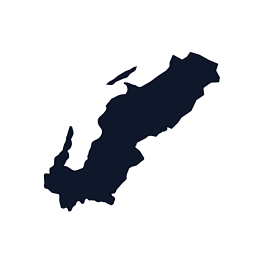 Analanjirofo, Albers equal-area conic projection, rotated 214°
{"feature_id": "MDG-5863", "entity_name": "Analanjirofo", "entity_type": "Autonomous Province", "adm_level": 1, "iso_a3": "MDG", "parent_name": "Madagascar", "parent_adm1": "", "projection": "albers", "projection_center": [49.502, -16.347], "detail": "fine", "context": "isolated", "style": "filled", "palette": "ink", "viewbox_px": 256, "rotation_deg": 214, "n_neighbors": 0, "source": "natural_earth", "source_scale": "10m", "svg_char_len": 5087}
<svg xmlns="http://www.w3.org/2000/svg" viewBox="0 0 256 256"><g transform="rotate(214 128 128)"><path d="M177.0,96.8L175.3,97.0L171.9,94.0L170.6,92.4L170.1,90.2L169.7,86.5L169.6,86.0L168.7,85.6L167.7,84.8L166.8,83.8L166.2,83.0L165.8,82.1L165.4,80.9L165.2,79.7L165.2,78.5L165.6,77.3L166.1,76.3L166.2,75.4L165.5,74.3L165.0,73.8L164.6,73.6L164.2,73.5L163.6,73.5L163.2,73.3L161.2,70.6L161.1,69.7L161.5,67.4L161.5,66.1L160.9,62.4L161.0,62.0L161.3,61.6L161.4,61.1L160.9,60.4L160.6,60.3L159.3,60.2L157.4,61.1L154.9,61.4L150.3,61.4L148.0,62.2L146.5,63.6L142.4,69.3L142.5,71.2L144.0,75.4L144.1,76.5L144.0,77.5L143.3,79.5L143.1,79.5L143.6,80.4L144.4,81.2L145.2,82.1L145.7,84.6L146.7,87.0L147.2,90.7L147.9,92.9L148.9,94.9L149.1,95.7L148.9,97.0L148.4,98.2L146.2,102.0L145.6,104.1L145.5,106.6L146.0,109.0L146.9,111.0L148.7,112.8L153.3,114.5L155.3,115.8L156.9,118.2L157.2,120.3L155.7,127.1L155.6,129.9L156.0,132.5L157.2,133.6L158.0,134.0L158.1,135.1L157.9,138.0L157.6,139.0L157.5,139.6L157.5,142.1L157.2,143.0L153.5,149.5L151.4,151.9L148.3,154.4L148.4,157.8L148.9,159.3L150.0,160.9L151.5,162.3L153.0,163.1L154.6,163.3L156.5,163.1L154.4,164.3L152.1,165.2L148.1,165.8L146.3,166.8L142.8,167.1L141.4,167.4L140.3,168.2L139.4,169.3L134.7,178.8L131.5,188.0L127.9,196.5L127.2,201.7L127.5,202.8L129.6,206.2L130.9,213.3L120.9,214.3L118.3,219.8L118.3,225.3L109.6,228.0L99.1,228.9L89.5,230.8L87.7,224.4L80.7,220.8L79.0,217.1L85.1,212.5L88.7,203.2L84.2,197.9L87.6,189.6L85.8,177.7L90.2,166.7L90.2,160.3L91.9,152.3L95.3,151.7L95.8,151.5L96.4,151.2L96.7,150.8L96.7,150.4L96.5,150.1L95.9,149.3L95.5,148.7L95.4,148.2L95.4,147.7L95.7,147.0L96.0,146.5L96.4,146.1L97.1,145.5L97.7,144.9L98.0,144.4L98.7,142.7L99.6,141.1L99.9,140.3L100.1,139.6L100.1,138.7L100.1,138.0L100.4,137.1L100.8,136.7L101.2,136.5L101.6,136.5L102.0,136.4L102.4,136.3L105.2,134.9L106.6,133.8L107.6,132.2L107.8,131.7L107.9,131.3L108.0,130.5L108.3,129.7L112.5,122.0L112.8,121.1L113.0,120.5L112.9,120.1L112.8,119.7L112.4,118.6L112.3,118.2L112.4,117.4L112.4,117.0L112.3,116.5L112.1,116.2L111.9,115.9L111.6,115.7L110.9,115.4L110.1,115.2L107.3,115.1L105.1,114.7L98.5,111.7L98.3,111.5L98.0,111.2L97.9,110.8L98.0,110.1L99.0,107.8L99.6,105.3L99.6,105.1L100.3,103.0L100.8,101.9L101.2,101.3L102.9,99.5L103.9,98.1L104.8,96.3L105.0,95.7L105.1,95.2L105.0,94.3L104.1,90.1L103.7,88.6L103.1,87.2L102.7,86.5L101.8,85.4L101.6,85.1L101.5,84.7L101.5,84.2L101.5,83.8L101.6,82.9L102.5,79.7L103.6,70.7L103.6,70.3L103.6,69.9L103.5,69.5L103.3,69.2L103.2,68.7L103.1,68.2L103.2,67.2L103.4,66.7L103.6,66.3L104.8,65.3L105.5,64.3L105.9,63.7L106.0,63.2L106.0,62.9L105.8,62.6L105.5,62.6L104.9,62.8L104.5,62.9L104.2,62.7L103.9,62.5L103.6,62.3L103.2,62.2L102.9,62.2L102.1,62.3L101.7,62.4L101.3,62.4L100.8,62.3L100.5,62.2L100.1,62.0L99.9,61.8L99.6,61.5L99.3,60.8L99.2,60.4L99.1,60.0L99.0,59.1L98.9,58.7L98.5,58.1L98.4,57.6L98.4,57.0L98.6,56.0L98.9,55.5L99.2,55.2L100.0,55.0L101.8,54.8L102.6,54.5L103.0,54.5L103.4,54.5L104.2,54.6L104.7,54.6L105.1,54.5L105.5,54.4L107.5,53.4L109.0,52.9L109.7,52.6L110.0,52.3L110.3,51.9L110.7,51.3L111.0,51.0L111.4,50.7L112.0,50.3L112.3,50.2L112.7,50.0L113.1,50.0L113.6,49.9L114.5,50.0L115.0,50.0L115.6,49.8L117.6,48.6L118.3,48.3L118.7,48.1L119.4,47.4L119.6,47.1L120.0,47.0L120.4,46.9L120.8,46.9L121.9,47.3L122.4,47.3L122.9,47.2L123.4,46.8L123.7,46.4L123.9,46.0L124.2,45.3L124.2,44.8L124.3,44.4L124.2,43.9L124.1,43.5L123.9,43.2L123.5,42.6L123.4,42.3L123.3,41.8L123.3,41.3L123.4,40.7L123.6,40.3L123.9,40.1L124.3,40.1L124.6,40.2L125.7,40.6L126.6,40.8L127.5,40.8L128.0,40.7L128.5,40.5L129.1,40.1L129.3,39.7L129.5,39.3L129.7,37.9L129.7,37.0L129.6,36.6L129.5,36.2L129.3,35.7L129.2,35.4L129.2,34.9L129.3,34.4L129.9,32.8L130.1,32.4L130.1,31.5L130.1,30.6L129.7,29.0L129.6,28.5L129.6,27.9L129.8,27.1L130.1,26.7L130.4,26.5L130.8,26.6L131.1,26.8L132.7,28.0L132.9,28.1L133.2,28.2L133.6,28.3L134.0,28.4L134.5,28.4L134.9,28.2L135.4,27.8L136.6,26.0L136.9,25.7L137.2,25.5L137.6,25.4L138.2,25.2L138.8,25.2L143.0,29.0L144.4,30.7L145.0,31.8L146.6,34.0L147.4,34.8L148.1,35.2L148.5,35.1L154.2,32.8L154.6,32.6L155.3,32.6L156.4,32.7L159.8,33.3L160.6,33.4L161.0,33.2L162.0,32.6L162.5,32.5L163.1,32.4L163.5,32.5L163.9,32.6L164.2,32.9L164.7,33.4L166.0,36.1L170.7,42.2L170.8,42.7L170.9,43.1L170.8,43.4L170.5,43.7L170.2,43.9L169.9,44.1L168.1,44.9L167.7,45.1L167.4,45.3L167.2,45.6L166.7,46.1L166.9,46.7L167.3,47.5L168.8,49.3L169.3,50.2L169.6,50.9L169.6,51.3L169.5,51.6L168.7,52.9L168.5,53.2L168.2,54.9L168.1,55.8L168.2,56.3L168.2,56.7L168.6,57.4L171.1,61.3L171.4,62.1L171.4,62.5L171.4,62.9L171.3,63.3L170.0,66.6L169.9,67.0L169.8,67.4L169.9,69.3L169.8,69.7L169.1,72.5L169.1,73.0L169.2,73.6L170.3,76.3L171.2,79.3L171.5,81.6L171.7,82.7L172.1,83.8L172.5,84.5L173.1,85.4L173.4,86.0L173.5,86.6L173.7,87.9L176.4,96.4L176.9,96.8L177.0,96.8ZM164.6,159.7L164.8,158.6L165.0,157.5L165.2,156.3L165.8,155.4L166.7,154.7L169.4,153.1L169.1,154.9L166.5,160.2L164.7,165.8L161.2,173.3L158.7,176.7L156.8,181.0L155.5,182.7L154.9,180.7L155.2,178.8L156.9,175.1L157.2,174.1L157.4,173.2L157.4,171.1L157.7,169.9L158.2,168.9L159.8,167.1L164.6,159.7Z" fill="#0f172a" stroke="#020617" stroke-width="1.5"/></g></svg>